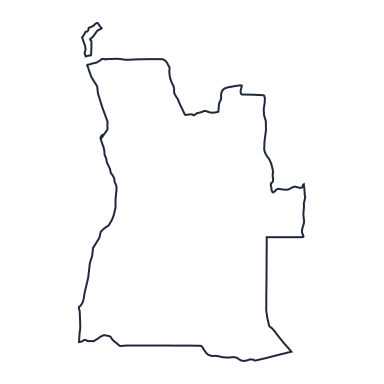 the border of Angola
{"feature_id": "AGO", "entity_name": "Angola", "entity_type": "country or territory", "adm_level": 0, "iso_a3": "AGO", "parent_name": "Africa", "parent_adm1": "", "projection": "equal_earth", "projection_center": [17.424, -11.224], "detail": "fine", "context": "isolated", "style": "outline", "palette": "slate", "viewbox_px": 384, "rotation_deg": 0, "n_neighbors": 0, "source": "natural_earth", "source_scale": "50m", "svg_char_len": 3998}
<svg xmlns="http://www.w3.org/2000/svg" viewBox="0 0 384 384"><path d="M303.8,184.3L304.2,187.5L304.6,192.1L304.8,195.3L305.1,196.8L305.2,197.6L304.9,198.4L304.6,200.3L304.1,202.1L303.8,203.3L304.0,205.5L303.8,208.7L303.5,212.0L303.4,215.3L304.1,221.1L304.0,222.8L303.1,225.9L302.4,228.1L302.0,230.8L301.9,232.2L303.4,236.1L303.3,236.9L302.1,237.1L301.1,237.2L297.3,237.2L291.8,237.2L286.3,237.2L280.9,237.2L275.8,237.2L271.0,237.2L266.7,237.2L266.7,241.1L266.7,249.0L266.6,257.0L266.6,264.9L266.5,272.9L266.5,280.8L266.4,288.7L266.3,296.6L266.3,304.6L266.2,310.3L267.3,317.8L269.2,326.0L270.0,326.8L272.0,328.3L274.8,331.4L276.4,333.7L279.6,337.8L283.8,343.0L287.9,347.6L291.4,351.7L285.7,353.1L277.6,355.1L272.1,356.5L265.5,358.2L261.1,359.2L255.5,360.5L254.7,360.5L253.2,359.6L250.0,359.4L246.3,360.6L243.3,361.0L241.1,360.4L239.0,359.3L236.9,357.7L233.3,357.1L228.1,357.6L223.2,357.3L218.4,356.2L215.0,355.8L212.9,356.0L210.7,355.7L208.3,354.8L206.4,353.2L204.0,349.9L202.2,346.8L201.7,346.4L201.1,345.9L200.5,345.8L195.3,345.7L190.3,345.6L187.4,345.6L180.4,345.6L173.4,345.6L166.5,345.5L159.5,345.5L152.5,345.5L145.5,345.5L138.5,345.5L131.5,345.5L127.8,345.5L124.4,345.7L120.6,346.0L120.0,345.9L119.1,345.5L118.5,344.8L116.4,343.0L114.6,341.7L112.2,339.4L110.6,336.9L109.3,336.1L106.9,335.7L105.2,335.3L103.7,335.2L101.2,336.3L99.3,337.5L98.0,338.6L95.7,339.9L93.7,341.2L90.2,341.0L89.5,341.2L87.6,341.1L85.8,340.0L83.9,340.1L81.9,341.5L79.0,342.1L79.6,332.8L80.2,328.7L80.2,323.8L79.7,311.0L79.1,309.3L78.8,307.2L80.6,305.6L81.5,304.4L82.7,302.3L83.6,299.4L84.6,292.8L88.2,277.7L89.9,262.9L92.2,255.9L93.0,248.0L99.3,237.9L100.8,231.6L104.1,228.5L108.8,225.3L112.1,219.5L113.7,215.4L115.5,207.7L115.5,199.6L116.6,188.8L116.3,185.7L114.5,181.4L114.2,178.3L112.6,175.3L110.8,173.0L110.0,168.9L106.9,162.5L106.1,158.2L104.6,155.1L104.4,151.3L103.6,147.3L102.1,143.3L100.6,138.8L100.6,137.3L101.5,135.6L102.4,135.1L102.1,135.9L101.5,136.9L101.7,137.7L107.3,129.8L107.6,128.2L107.4,126.4L107.4,124.3L107.6,121.8L102.2,107.1L97.9,93.3L97.2,86.4L91.5,77.3L89.3,71.3L88.0,67.2L87.1,65.6L87.4,64.8L88.9,64.6L92.1,63.6L96.5,62.6L100.6,60.1L101.7,59.1L103.8,58.9L106.0,59.5L106.8,59.0L107.3,59.0L112.5,59.0L114.6,58.8L118.6,58.9L121.1,59.1L122.6,59.4L126.4,59.8L131.3,59.7L133.0,59.5L139.3,59.3L145.5,59.2L151.2,59.1L157.4,59.1L162.1,59.1L164.3,60.0L166.2,61.6L167.1,63.1L167.6,63.8L168.2,65.3L169.2,66.6L169.6,68.5L169.3,71.1L169.5,74.3L170.1,78.0L171.4,81.8L173.4,85.9L174.2,89.1L174.0,91.5L174.6,94.0L176.1,96.6L177.1,98.0L177.8,99.1L179.4,103.1L182.5,109.6L184.8,114.5L185.6,115.0L186.8,114.8L189.4,114.4L191.8,114.3L193.6,115.3L194.3,115.1L197.0,113.2L199.7,112.6L202.5,111.8L203.9,111.0L205.6,111.0L210.2,112.5L211.0,112.6L214.7,112.6L218.4,111.7L218.9,105.2L219.0,103.9L219.9,101.5L221.0,99.4L221.1,97.3L221.1,94.5L221.9,91.1L224.4,88.5L228.4,87.2L230.6,86.9L234.2,86.2L239.6,85.4L241.7,85.5L241.8,85.9L240.7,90.6L240.6,92.1L241.0,93.7L242.0,94.5L247.6,94.6L252.8,94.7L258.8,95.0L263.2,95.2L263.8,95.4L264.2,95.8L264.9,98.1L264.7,102.6L263.7,109.2L264.1,115.4L265.8,121.1L266.0,129.9L265.3,135.2L264.5,141.8L264.2,149.3L264.9,152.4L266.6,155.7L269.2,159.1L271.2,163.5L272.6,169.0L273.1,172.4L272.7,173.8L272.7,176.3L273.2,179.8L272.6,182.1L271.2,183.2L270.7,184.8L271.4,187.8L271.6,190.5L272.2,191.5L272.6,192.3L273.2,192.4L274.7,191.4L276.4,189.6L277.8,188.9L279.8,189.0L282.5,189.5L287.3,189.7L288.8,189.3L293.3,186.9L294.5,186.7L296.3,186.9L298.8,187.7L301.4,187.8L302.6,187.0L302.7,186.1L303.1,184.8L303.8,184.3ZM101.7,28.2L101.4,28.6L99.3,29.7L97.1,30.8L94.3,35.0L92.8,36.8L92.4,37.3L91.1,38.3L90.1,39.2L90.1,39.7L90.8,40.2L91.4,41.1L91.4,48.0L91.1,54.8L90.8,55.4L88.9,55.6L86.5,56.1L85.7,56.4L85.5,55.7L84.6,53.3L85.1,50.9L85.6,49.1L85.0,45.5L83.8,42.3L82.4,38.3L82.0,37.5L83.1,36.2L84.8,33.3L85.5,31.8L87.4,31.5L88.1,30.5L88.6,28.8L88.8,27.8L91.0,27.0L93.6,25.6L95.1,24.1L96.5,23.1L97.5,23.0L98.1,23.4L99.8,26.1L101.2,27.8L101.7,28.2Z" fill="none" stroke="#1e293b" stroke-width="2"/></svg>